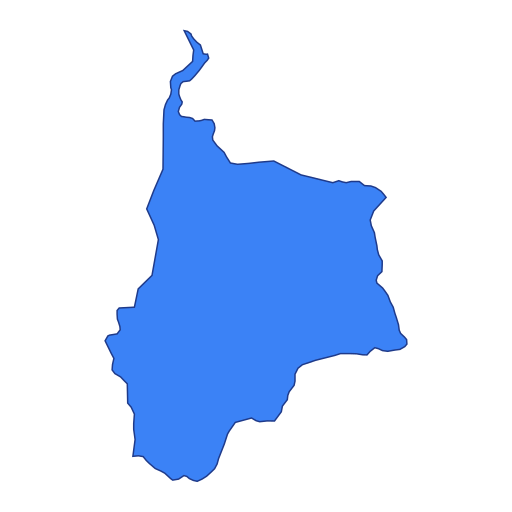 Nagha Boguila, Ouham, Central African Republic
{"feature_id": "33826404B99967621035211", "entity_name": "Nagha Boguila", "entity_type": "district", "adm_level": 2, "iso_a3": "CAF", "parent_name": "Central African Republic", "parent_adm1": "Ouham", "projection": "natural_earth1", "projection_center": [16.914, 7.123], "detail": "fine", "context": "isolated", "style": "filled", "palette": "blue", "viewbox_px": 512, "rotation_deg": 0, "n_neighbors": 0, "source": "geoboundaries", "source_scale": "gbopen_adm2", "svg_char_len": 2555}
<svg xmlns="http://www.w3.org/2000/svg" viewBox="0 0 512 512"><path d="M132.9,456.3L138.5,455.8L143.2,456.6L146.3,460.5L149.4,463.5L155.2,468.5L160.8,471.0L164.8,473.2L170.9,478.8L172.7,480.1L178.6,479.1L183.9,475.6L186.8,476.4L189.4,478.6L193.3,480.4L197.2,481.3L202.0,479.1L206.6,476.2L211.0,472.2L214.6,468.7L217.1,464.0L218.6,458.5L224.3,444.0L227.5,434.1L229.2,431.1L235.3,422.4L251.5,418.0L256.1,420.7L259.7,421.7L267.1,420.9L274.5,421.0L281.3,411.8L282.4,406.1L287.3,399.7L287.8,395.4L289.2,391.7L294.1,385.3L295.0,381.1L295.0,374.2L298.0,368.2L302.4,364.7L315.5,360.3L322.6,358.5L334.9,355.4L340.4,353.6L350.3,353.6L356.6,353.8L362.7,354.8L367.0,354.9L370.1,351.4L374.8,347.7L378.5,348.7L382.5,350.6L387.7,351.3L395.1,350.0L399.9,349.4L404.8,346.6L406.9,344.1L406.6,339.6L404.5,337.1L400.6,333.4L399.2,330.2L398.5,324.8L396.3,317.5L394.9,313.4L393.2,307.2L390.3,301.9L387.9,295.4L384.7,290.8L382.6,288.0L376.9,283.1L376.2,280.2L377.6,275.7L381.9,271.6L382.2,264.6L382.2,260.9L378.7,254.8L377.3,249.5L376.9,245.8L375.1,237.2L374.4,232.7L371.3,225.7L370.2,220.0L373.7,211.0L386.1,197.4L383.6,194.2L381.1,191.3L375.5,187.6L370.9,186.0L364.5,185.6L362.8,184.3L359.3,181.5L351.1,181.5L346.2,182.7L342.3,181.9L338.8,180.7L332.8,182.7L301.0,174.9L273.8,161.0L259.0,162.2L248.8,163.4L237.5,164.3L230.4,163.0L226.5,156.9L224.1,152.4L217.0,145.8L212.8,140.1L212.4,136.8L213.1,134.4L214.5,130.7L214.9,127.8L214.2,123.7L212.0,120.0L208.0,119.7L204.3,119.4L201.5,120.4L199.1,120.9L197.0,121.0L195.1,121.2L192.6,118.5L189.6,117.5L186.1,117.2L183.5,116.7L181.5,116.5L179.6,114.7L178.3,111.5L179.5,107.3L181.8,104.1L182.2,101.9L180.9,99.9L179.5,96.4L178.8,94.0L178.8,89.8L180.1,85.5L180.9,83.5L183.2,81.6L186.1,81.3L189.6,80.8L191.6,79.1L194.9,75.6L199.0,70.7L201.6,67.2L204.6,63.0L207.2,60.3L208.7,58.1L207.5,54.1L206.2,54.3L203.2,53.8L200.4,45.0L196.8,42.2L193.8,39.0L191.6,36.0L191.0,34.0L187.6,31.4L184.2,30.7L193.7,50.0L193.0,55.3L192.6,61.4L182.8,70.5L175.7,73.7L172.5,76.2L170.4,81.5L170.8,87.7L171.5,89.7L170.8,94.2L169.3,97.9L167.6,100.0L165.5,104.5L164.0,109.8L163.3,123.7L163.3,138.0L163.0,169.2L153.8,190.5L146.7,208.9L154.2,225.3L158.4,239.6L152.0,275.4L138.2,288.9L134.4,307.2L119.2,308.0L117.1,310.5L117.1,314.2L117.4,319.1L118.5,322.0L119.9,326.5L120.2,329.8L117.1,333.9L109.7,335.1L107.9,335.9L105.1,340.8L111.1,353.1L113.9,358.4L112.5,364.6L112.1,369.9L114.9,373.6L120.6,376.9L124.1,380.6L127.3,383.8L127.7,403.1L131.2,407.2L134.4,414.1L133.7,423.6L133.7,429.3L135.1,439.5L132.9,456.3Z" fill="#3b82f6" stroke="#1e3a8a" stroke-width="1.5"/></svg>